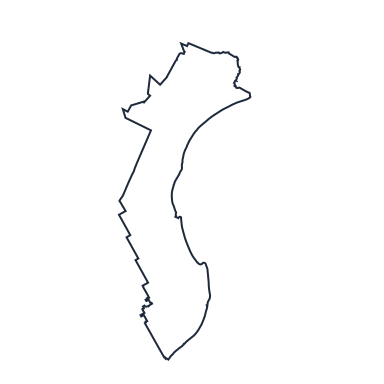 Huatabampo, Sonora, Mexico, rotated 241°
{"feature_id": "50627088B14557669521894", "entity_name": "Huatabampo", "entity_type": "district", "adm_level": 2, "iso_a3": "MEX", "parent_name": "Mexico", "parent_adm1": "Sonora", "projection": "mercator", "projection_center": [-109.361, 26.605], "detail": "fine", "context": "isolated", "style": "outline", "palette": "slate", "viewbox_px": 384, "rotation_deg": 241, "n_neighbors": 0, "source": "geoboundaries", "source_scale": "gbopen_adm2", "svg_char_len": 5647}
<svg xmlns="http://www.w3.org/2000/svg" viewBox="0 0 384 384"><g transform="rotate(241 192 192)"><path d="M323.8,261.1L323.9,260.9L322.0,258.5L327.1,254.5L318.4,253.2L318.4,253.3L318.2,253.5L317.5,252.6L317.0,252.0L316.8,251.8L316.9,251.7L317.0,251.6L317.4,251.4L317.6,251.1L318.9,249.5L318.9,248.0L316.0,243.4L314.9,242.9L314.9,241.8L314.2,240.6L304.8,225.7L304.6,225.6L301.3,216.1L314.1,211.8L299.3,201.0L296.5,202.0L293.7,193.7L294.4,193.8L297.2,180.8L293.4,174.7L298.0,171.7L289.1,169.8L265.8,186.0L244.1,157.9L240.2,153.1L238.2,151.1L238.0,150.8L236.7,148.6L236.4,148.2L231.2,141.2L223.4,131.2L222.2,129.6L220.7,126.5L219.5,124.3L207.5,124.7L207.5,117.1L184.2,117.1L184.1,112.8L172.7,112.8L172.2,112.8L159.8,112.8L159.8,109.6L134.0,109.6L134.0,107.8L134.0,103.4L132.3,103.4L132.2,103.2L129.8,103.2L124.4,103.3L120.3,103.2L120.3,102.1L121.0,102.1L121.0,101.5L120.3,101.5L120.3,99.2L118.8,99.2L118.8,101.8L114.7,101.8L114.7,102.6L114.2,102.6L114.2,102.9L113.7,102.9L113.6,100.5L113.6,100.3L113.6,100.2L113.5,99.7L113.4,99.4L113.1,98.6L113.3,98.5L113.7,97.3L113.9,96.4L114.5,95.7L115.1,95.3L115.7,95.3L115.7,94.3L115.5,93.6L115.1,93.7L113.6,93.5L113.6,91.8L112.5,91.7L109.3,91.8L109.3,87.3L107.7,87.3L107.7,90.2L100.8,90.2L101.1,88.6L100.3,88.5L100.2,87.2L96.7,87.2L95.2,87.2L91.0,87.3L83.1,87.3L69.6,87.4L60.9,87.5L60.9,88.1L58.8,88.1L58.9,89.0L56.9,90.0L57.7,91.8L58.5,93.3L58.8,94.1L59.2,95.2L59.2,95.6L59.2,96.0L59.4,96.5L59.8,97.3L60.2,98.3L60.5,99.3L60.8,100.6L61.2,102.9L61.4,104.0L61.5,104.5L61.7,105.9L62.0,108.4L62.5,110.3L62.6,110.7L62.8,110.7L63.0,110.9L63.2,111.2L63.2,111.8L63.0,112.2L63.1,112.6L63.4,113.2L63.7,114.1L63.9,115.1L64.5,118.0L64.8,119.9L65.5,123.8L66.0,125.6L66.8,127.7L67.6,129.4L68.5,131.1L70.6,134.6L71.6,136.3L71.8,136.5L72.0,136.6L72.2,137.0L76.0,141.7L76.6,142.3L76.9,142.5L77.2,143.0L80.8,146.3L82.6,148.2L83.8,149.3L84.3,149.6L84.6,149.6L84.9,149.7L84.7,149.8L84.7,150.0L84.8,150.1L85.1,150.4L86.0,150.9L86.8,151.5L87.5,152.0L88.0,152.5L89.3,154.3L90.1,155.6L90.8,156.3L91.5,156.9L91.9,157.1L92.7,157.6L93.3,157.9L93.9,158.1L94.9,158.4L97.3,159.3L99.6,160.2L103.3,161.9L104.3,162.5L106.3,163.4L113.6,166.6L115.5,167.4L116.9,168.1L119.0,168.5L121.0,168.8L122.6,169.1L123.2,169.0L123.7,168.8L123.9,168.7L124.4,168.0L124.5,167.8L124.7,167.3L124.6,166.7L124.4,166.1L124.4,165.9L124.3,165.7L124.2,165.5L124.3,165.2L124.6,164.2L125.4,163.4L126.3,163.0L127.6,162.7L127.8,162.4L128.6,162.3L129.9,162.2L131.2,162.0L132.5,161.8L133.3,161.7L135.8,161.5L137.5,161.5L139.9,161.6L141.5,161.7L145.3,162.1L149.0,162.6L151.5,162.9L154.4,163.4L155.9,163.7L160.9,164.9L165.6,166.1L166.2,166.3L169.3,167.5L173.7,169.4L174.4,169.7L174.9,170.1L175.1,170.1L175.3,170.1L175.6,170.0L176.0,169.6L176.3,169.3L176.3,168.8L176.2,167.9L176.0,167.4L175.9,167.3L178.3,165.5L178.4,165.8L178.9,166.5L179.7,166.6L180.4,166.9L181.1,167.7L181.5,168.1L181.9,168.2L182.8,168.2L183.7,168.3L185.5,168.6L188.4,169.2L191.4,169.5L192.2,169.7L195.1,170.8L195.4,171.0L197.0,171.7L199.4,173.0L200.8,173.8L201.9,174.7L203.3,175.8L204.9,177.4L206.1,178.6L206.4,178.8L206.6,179.0L206.8,179.3L207.0,179.4L207.1,179.6L207.4,179.8L207.7,180.4L208.2,180.8L209.2,181.9L209.9,182.9L210.6,184.1L211.2,185.1L211.9,186.4L212.2,186.8L213.5,189.1L215.0,190.9L216.3,193.2L216.6,193.8L217.0,194.2L217.5,194.6L218.8,195.4L219.9,195.8L221.5,196.9L221.7,197.2L222.4,198.0L223.6,198.6L225.0,199.5L227.7,201.9L229.6,203.5L231.1,205.2L231.7,205.9L232.8,207.4L233.6,208.6L234.3,209.6L234.9,210.1L237.7,214.0L238.9,215.9L239.1,216.4L239.9,217.8L241.4,220.5L241.5,220.7L241.7,221.0L242.6,222.8L243.3,224.5L243.8,226.2L244.4,227.4L245.0,229.0L245.5,230.8L246.5,235.7L246.8,237.6L247.7,241.6L248.2,244.9L248.5,247.8L249.2,257.8L249.2,259.7L248.9,266.4L248.9,268.8L248.8,270.5L248.5,273.7L248.2,275.9L247.5,279.5L246.8,282.9L246.7,283.6L246.7,284.1L246.5,284.7L246.5,285.1L246.4,285.5L246.4,285.9L246.5,286.4L246.5,287.1L246.4,287.3L246.5,288.0L246.8,289.1L247.1,289.2L247.3,289.1L250.5,290.4L250.8,290.4L252.2,289.2L254.7,287.5L260.3,284.1L260.6,283.2L260.7,282.8L260.9,282.2L261.0,282.1L261.1,281.9L261.3,281.6L261.6,281.3L262.0,281.2L262.2,281.3L262.5,281.3L263.3,281.5L263.5,281.6L263.8,281.6L264.0,281.5L264.2,281.0L264.2,280.8L264.2,280.7L264.7,280.9L265.0,281.1L265.2,281.3L265.3,281.5L266.3,281.8L266.7,282.0L267.0,282.0L267.1,281.9L267.2,282.1L267.4,282.6L267.8,282.9L268.0,283.0L268.1,283.3L268.2,283.5L268.3,283.6L268.3,283.8L268.4,284.1L268.4,284.6L268.3,284.4L268.2,284.4L268.0,284.5L267.9,284.6L268.0,284.6L268.6,284.8L269.0,285.4L269.2,285.7L269.3,285.9L269.6,286.2L270.0,286.5L270.3,286.6L270.5,286.6L270.5,286.8L270.8,287.4L271.2,288.1L271.7,288.9L271.9,289.1L272.1,289.2L272.4,289.3L272.7,289.4L272.7,289.5L272.6,289.8L272.5,290.1L272.6,290.5L272.9,291.1L273.4,291.7L273.7,292.0L274.1,292.1L274.5,292.1L274.8,292.2L275.1,292.3L275.3,292.9L275.5,293.1L275.6,293.4L275.7,293.5L276.1,293.6L276.7,293.6L277.4,293.6L277.8,293.7L278.1,294.0L278.3,293.7L278.5,293.5L278.9,293.4L279.5,293.4L280.3,293.6L282.1,294.2L282.4,294.5L283.7,295.0L284.6,295.3L284.8,295.4L284.8,296.1L285.3,296.5L285.6,296.6L286.0,296.7L286.4,296.6L286.7,296.4L286.9,296.3L287.1,296.3L287.6,296.8L287.9,296.7L288.2,296.6L288.6,296.3L288.8,296.3L289.0,296.2L289.2,295.7L289.4,294.8L295.4,291.4L296.0,291.5L296.4,291.7L297.2,290.0L297.3,289.1L297.4,288.9L298.0,288.4L298.9,287.4L299.1,287.1L299.3,287.1L299.3,286.9L299.2,285.4L299.8,283.4L300.1,283.2L300.6,283.2L301.1,283.0L301.2,282.4L301.4,281.8L302.0,281.1L302.2,280.6L302.5,279.7L302.5,279.1L302.7,278.5L303.0,278.0L303.2,277.7L303.9,277.3L304.1,277.2L304.3,276.7L304.5,276.4L323.8,261.1Z" fill="none" stroke="#1e293b" stroke-width="2"/></g></svg>